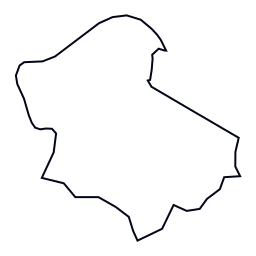 map outline of Leposavić (Albers equal-area conic projection)
{"feature_id": "KOS-5893", "entity_name": "Leposavić", "entity_type": "District", "adm_level": 1, "iso_a3": "XKX", "parent_name": "Kosovo", "parent_adm1": "", "projection": "albers", "projection_center": [20.786, 43.117], "detail": "fine", "context": "isolated", "style": "outline", "palette": "ink", "viewbox_px": 256, "rotation_deg": 0, "n_neighbors": 0, "source": "natural_earth", "source_scale": "10m", "svg_char_len": 718}
<svg xmlns="http://www.w3.org/2000/svg" viewBox="0 0 256 256"><path d="M126.6,15.4L135.2,18.0L140.7,19.7L151.4,28.6L157.0,34.6L160.7,39.7L166.1,50.6L164.4,50.5L158.7,48.7L152.2,54.7L152.6,58.6L151.7,69.8L150.1,79.9L147.8,80.5L151.5,86.8L193.1,111.2L238.7,137.8L235.4,152.0L235.3,166.5L240.1,176.2L224.2,177.2L219.9,189.1L206.9,199.0L199.7,208.9L186.7,210.9L173.6,205.0L162.1,228.8L137.5,240.6L133.1,230.8L128.8,216.9L115.8,207.0L98.4,197.1L75.3,197.1L63.8,183.3L41.8,177.9L53.7,152.3L56.1,133.5L52.0,128.8L46.3,128.5L40.2,129.3L35.2,127.7L31.8,122.8L28.8,115.3L24.0,98.7L17.3,84.1L15.9,75.5L19.6,65.5L24.2,62.2L42.5,61.4L55.0,56.5L99.0,23.2L112.6,17.1L126.6,15.4Z" fill="none" stroke="#020617" stroke-width="2"/></svg>